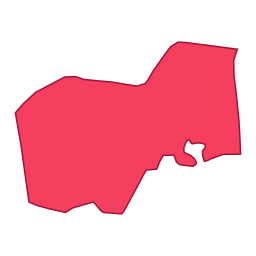 the district of Wasat Al Gedaref, Gedarif, Sudan
{"feature_id": "16777658B33675422970031", "entity_name": "Wasat Al Gedaref", "entity_type": "district", "adm_level": 2, "iso_a3": "SDN", "parent_name": "Sudan", "parent_adm1": "Gedarif", "projection": "mercator", "projection_center": [35.181, 14.159], "detail": "fine", "context": "isolated", "style": "filled", "palette": "rose", "viewbox_px": 256, "rotation_deg": 0, "n_neighbors": 0, "source": "geoboundaries", "source_scale": "gbopen_adm2", "svg_char_len": 1348}
<svg xmlns="http://www.w3.org/2000/svg" viewBox="0 0 256 256"><path d="M15.4,112.8L17.6,125.8L18.9,133.1L21.2,146.4L28.4,198.1L29.0,202.1L37.5,205.6L49.5,208.9L59.9,211.1L65.4,212.5L72.8,207.9L93.6,201.9L94.0,202.7L95.1,203.9L100.7,210.4L103.4,212.5L121.7,213.9L123.8,211.5L132.0,196.3L141.8,178.0L145.3,171.7L146.1,170.1L151.8,169.6L156.8,169.1L159.7,161.5L163.4,155.3L173.7,155.1L174.4,156.5L176.5,162.1L179.6,164.6L185.4,165.5L187.8,165.8L193.2,166.2L195.4,164.7L196.4,163.5L196.1,162.3L195.7,160.8L195.2,160.1L193.7,158.1L191.8,156.4L189.6,154.8L186.1,153.4L184.4,152.4L183.8,151.1L183.9,147.9L185.2,144.2L186.3,141.5L187.6,140.3L188.8,140.1L189.7,140.3L190.2,141.4L190.7,142.6L191.6,143.5L192.4,143.8L194.9,143.3L196.9,143.0L199.1,143.0L201.3,143.2L204.4,144.1L205.2,145.0L205.4,146.5L205.0,147.7L204.3,148.7L203.8,149.6L203.2,149.9L202.8,150.4L202.5,151.1L202.6,152.6L202.6,154.4L202.7,155.4L203.0,156.8L203.3,158.0L204.3,161.4L207.9,160.4L210.2,159.1L223.0,154.4L240.6,154.1L239.7,133.1L238.8,118.7L236.4,95.2L234.0,75.1L233.7,60.6L234.1,59.3L235.2,55.6L236.2,52.5L237.0,50.1L237.2,49.3L237.3,49.2L185.6,42.5L178.2,42.1L170.5,46.8L163.8,55.9L157.5,64.8L153.3,70.8L148.0,79.9L145.2,83.5L137.1,86.1L124.8,84.2L112.1,82.1L84.0,79.5L75.6,76.6L64.7,77.0L35.8,92.2L23.5,103.5L15.4,112.8Z" fill="#f43f5e" stroke="#9f1239" stroke-width="1.5"/></svg>